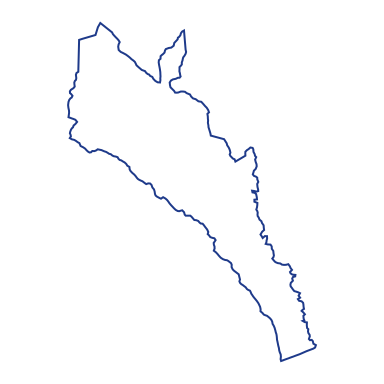 the district of Rio de Contas, Bahia, Brazil
{"feature_id": "56859067B14816521084230", "entity_name": "Rio de Contas", "entity_type": "district", "adm_level": 2, "iso_a3": "BRA", "parent_name": "Brazil", "parent_adm1": "Bahia", "projection": "orthographic", "projection_center": [-41.715, -13.627], "detail": "fine", "context": "isolated", "style": "outline", "palette": "blue", "viewbox_px": 384, "rotation_deg": 0, "n_neighbors": 0, "source": "geoboundaries", "source_scale": "gbopen_adm2", "svg_char_len": 5781}
<svg xmlns="http://www.w3.org/2000/svg" viewBox="0 0 384 384"><path d="M100.3,23.0L97.9,27.2L95.5,35.0L82.5,38.8L79.1,39.9L78.3,71.8L76.5,73.0L75.9,74.8L76.1,76.4L76.3,78.1L76.0,79.8L74.9,80.9L74.3,82.5L74.4,84.2L74.7,86.6L73.4,88.2L70.9,89.8L69.9,91.3L70.0,93.1L71.2,94.1L72.5,95.8L71.7,97.5L70.4,98.4L69.3,99.8L68.5,101.9L68.1,105.1L68.4,107.7L69.0,110.6L69.1,112.6L68.9,114.4L68.5,117.2L72.0,118.5L73.5,119.0L75.4,119.8L77.1,121.9L75.4,124.0L73.6,125.5L73.0,127.3L71.7,128.5L70.9,129.9L70.2,131.8L69.9,133.3L70.6,134.8L70.9,136.4L69.8,138.1L71.8,139.3L74.3,139.9L76.1,141.0L77.7,142.2L79.4,143.1L80.6,146.0L83.2,147.3L85.1,148.6L86.6,150.3L88.0,151.6L89.5,152.5L91.0,152.3L92.3,151.0L94.5,151.1L96.2,150.4L97.7,149.3L99.5,149.7L101.5,150.1L104.2,151.3L106.1,151.9L107.8,152.9L109.1,153.8L110.8,154.2L112.3,155.5L113.7,156.2L115.9,156.6L117.6,157.2L118.4,158.7L119.6,159.9L121.3,160.4L123.1,161.6L124.6,162.4L126.3,164.0L127.3,165.7L129.4,166.9L129.7,169.5L130.6,171.1L132.4,173.0L134.2,174.5L135.7,176.2L136.7,177.6L137.7,178.8L139.0,179.7L140.8,180.6L142.5,181.3L144.4,182.8L146.2,184.1L148.2,183.4L150.1,183.5L151.5,184.9L152.4,187.5L154.0,189.4L154.6,191.4L155.0,194.0L155.6,195.5L156.9,196.6L159.5,198.0L161.0,198.7L163.1,197.2L165.4,198.5L167.1,200.0L168.5,201.8L169.4,203.2L171.1,205.2L172.7,206.9L174.0,208.3L175.7,209.9L177.7,211.0L179.2,211.2L180.7,210.7L182.2,210.3L184.1,212.3L184.7,214.6L185.7,215.7L188.1,215.7L190.3,215.7L191.5,216.7L192.6,218.0L194.3,220.0L196.3,220.2L198.3,221.0L199.4,222.4L200.7,223.5L202.6,223.7L203.8,225.1L205.1,226.9L207.2,229.6L208.3,232.0L207.7,234.1L209.0,235.3L210.3,237.1L212.2,237.8L214.4,238.3L215.6,240.1L214.7,241.5L213.7,242.9L213.9,244.9L214.5,246.4L214.6,248.5L213.8,250.7L215.8,252.2L217.6,254.1L218.7,255.5L220.7,257.7L223.0,259.2L225.2,260.0L226.9,260.2L228.2,260.9L229.6,262.0L231.0,263.1L231.7,264.7L231.6,267.1L232.7,269.4L234.1,270.8L235.3,271.7L237.0,273.0L238.7,274.3L239.3,276.8L240.0,279.5L239.4,281.3L240.0,282.8L241.2,284.1L242.7,285.0L244.1,286.1L245.7,287.3L246.8,288.9L248.0,289.8L250.0,290.7L250.7,292.1L251.3,293.7L252.3,295.1L253.2,296.5L254.3,297.9L255.4,299.2L257.0,301.2L258.5,303.4L259.4,305.3L260.1,306.8L260.6,309.2L260.5,311.3L262.4,312.9L263.8,314.6L265.2,315.2L267.0,315.8L268.5,317.0L270.0,318.3L271.3,319.8L272.2,321.6L272.6,323.9L273.7,325.7L274.6,327.8L275.3,330.3L275.8,332.4L276.4,334.1L276.7,335.9L276.9,337.9L277.0,339.6L277.5,341.8L277.9,343.8L278.3,345.8L278.9,348.0L279.2,350.3L279.7,352.1L280.7,354.5L280.9,356.8L280.6,359.1L281.1,361.0L299.9,354.1L306.5,351.2L311.8,349.2L313.4,348.6L315.1,347.5L315.9,345.1L313.4,343.7L312.8,341.1L311.7,339.9L310.0,340.2L308.9,339.0L309.8,336.4L309.6,334.8L308.4,333.1L308.0,331.3L308.3,329.2L307.1,328.0L306.8,325.3L306.9,322.4L304.7,322.1L302.7,320.9L304.3,320.3L303.6,318.4L303.4,315.8L304.9,314.3L303.2,312.3L301.6,310.9L302.6,309.8L304.0,308.9L303.6,307.0L303.4,304.4L303.1,302.8L301.6,301.3L299.1,300.8L297.9,299.1L300.1,297.7L298.6,295.7L300.0,293.2L298.4,292.4L296.4,291.7L294.3,291.1L292.9,289.4L291.8,287.8L290.7,286.4L290.4,284.8L290.8,282.9L292.9,280.7L292.2,278.6L293.0,277.0L295.2,276.4L295.4,274.9L292.4,274.6L290.6,273.4L290.0,272.0L292.0,269.9L290.6,268.1L289.8,266.2L288.3,264.2L286.0,264.8L284.0,264.9L281.9,264.6L280.4,263.5L277.7,263.1L275.4,262.1L274.1,260.8L272.3,258.6L273.5,257.0L273.9,255.4L273.5,253.2L273.3,251.0L271.8,248.8L271.7,246.4L270.5,244.6L267.6,244.4L265.7,243.9L266.4,242.3L266.6,240.4L267.1,238.6L267.0,236.2L264.9,236.1L262.7,238.0L261.8,236.4L260.5,234.5L262.2,231.7L264.1,230.0L263.8,227.9L263.6,225.3L262.0,223.0L261.4,221.2L259.5,219.6L258.7,217.5L257.7,216.1L257.5,214.5L257.7,212.6L257.3,211.1L256.3,209.6L257.0,207.3L257.3,205.0L257.4,202.9L254.4,201.7L254.4,199.7L257.0,199.4L256.8,197.2L256.1,194.0L254.6,192.8L252.5,192.4L252.1,190.7L254.2,191.0L256.4,191.6L258.2,191.1L258.1,189.4L257.5,187.0L257.2,184.0L258.3,181.9L257.3,179.4L257.2,177.6L255.9,176.6L254.0,175.9L252.8,174.4L253.4,172.6L253.9,170.7L255.7,168.9L256.7,166.3L256.5,164.1L255.7,162.0L255.1,159.6L256.2,157.1L255.0,155.8L254.7,154.2L253.5,151.9L253.3,149.3L252.6,147.9L250.4,147.5L248.6,149.1L247.0,150.1L245.4,151.7L245.3,153.4L245.4,155.7L235.4,161.6L234.6,159.3L232.8,158.5L231.6,157.2L230.4,156.0L229.7,154.5L230.4,152.7L229.9,150.4L229.4,149.0L228.7,147.5L227.2,145.3L226.7,143.3L225.6,141.6L224.1,139.2L210.8,135.6L210.4,133.4L209.9,131.7L209.2,129.4L208.5,127.2L208.4,125.4L207.9,122.8L208.1,120.6L207.9,118.8L207.8,116.3L207.4,113.9L209.0,112.3L208.1,109.9L206.7,107.7L205.1,106.1L203.3,104.0L201.3,101.8L198.4,101.3L195.7,99.2L193.0,98.4L191.1,96.5L190.0,94.5L188.3,93.8L186.6,93.1L185.0,91.8L182.8,91.5L180.9,91.5L178.3,92.5L176.8,92.7L175.1,92.6L174.1,90.9L172.4,89.2L170.5,87.3L170.0,85.2L169.7,82.5L171.0,80.5L172.9,79.4L175.8,78.8L177.8,77.8L179.6,77.7L180.6,76.5L180.2,75.1L179.9,73.2L179.4,71.3L179.5,69.5L179.5,67.1L180.8,65.8L181.8,64.5L181.8,62.4L182.5,60.5L182.8,58.9L183.2,57.4L184.5,55.7L185.6,53.8L186.1,51.9L185.6,49.6L184.0,30.5L182.1,31.6L180.9,33.3L180.4,35.2L179.2,36.8L177.9,37.7L177.6,39.4L176.0,41.1L174.3,42.9L173.7,45.7L171.3,47.6L168.7,48.0L165.8,49.1L165.0,50.5L164.5,52.6L162.9,54.2L161.7,55.1L160.6,56.2L160.5,58.8L158.9,60.2L158.7,62.5L159.1,65.0L159.5,67.0L159.9,69.2L160.3,72.1L160.4,74.6L160.5,76.4L160.3,78.4L160.4,80.2L160.0,82.5L157.6,82.3L155.3,80.9L153.3,78.8L152.3,76.9L150.1,75.9L149.2,74.6L147.6,74.0L146.1,72.7L145.0,71.1L143.3,70.5L141.7,69.9L140.1,68.5L138.8,67.4L137.6,66.3L136.5,65.3L135.8,63.7L134.8,61.8L133.2,60.4L131.4,59.1L130.3,58.0L128.9,56.8L127.6,55.8L125.8,54.5L124.3,53.7L122.8,52.9L120.7,51.9L118.7,50.0L118.2,46.7L118.6,44.4L119.7,42.1L118.6,40.3L117.3,38.8L115.6,37.1L114.1,35.5L112.9,34.1L112.1,32.4L100.3,23.0Z" fill="none" stroke="#1e3a8a" stroke-width="2"/></svg>